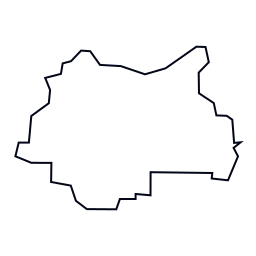 Lewis, Tennessee, United States of America (Natural Earth projection)
{"feature_id": "52423323B63074123896929", "entity_name": "Lewis", "entity_type": "district", "adm_level": 2, "iso_a3": "USA", "parent_name": "United States of America", "parent_adm1": "Tennessee", "projection": "natural_earth1", "projection_center": [-87.489, 35.529], "detail": "fine", "context": "isolated", "style": "outline", "palette": "ink", "viewbox_px": 256, "rotation_deg": 0, "n_neighbors": 0, "source": "geoboundaries", "source_scale": "gbopen_adm2", "svg_char_len": 631}
<svg xmlns="http://www.w3.org/2000/svg" viewBox="0 0 256 256"><path d="M45.2,77.9L50.1,90.0L48.8,103.2L31.3,116.0L28.9,142.6L18.7,142.6L15.4,156.3L31.3,162.8L51.4,162.9L51.1,182.0L70.8,185.6L75.9,200.8L86.8,209.1L116.3,209.3L119.9,199.0L135.6,199.0L135.6,194.0L150.5,195.3L150.6,172.2L212.3,173.0L211.7,178.5L228.0,180.3L238.0,156.3L233.6,147.9L240.6,142.3L234.1,142.9L232.3,119.7L226.7,115.8L216.4,115.4L213.8,103.1L199.0,93.3L198.7,72.6L208.8,62.2L205.5,47.0L196.4,46.7L165.6,68.3L145.0,74.3L120.8,66.1L100.0,64.9L90.2,51.2L81.1,50.6L71.0,61.2L62.7,63.4L60.9,73.9L45.2,77.9Z" fill="none" stroke="#020617" stroke-width="2"/></svg>